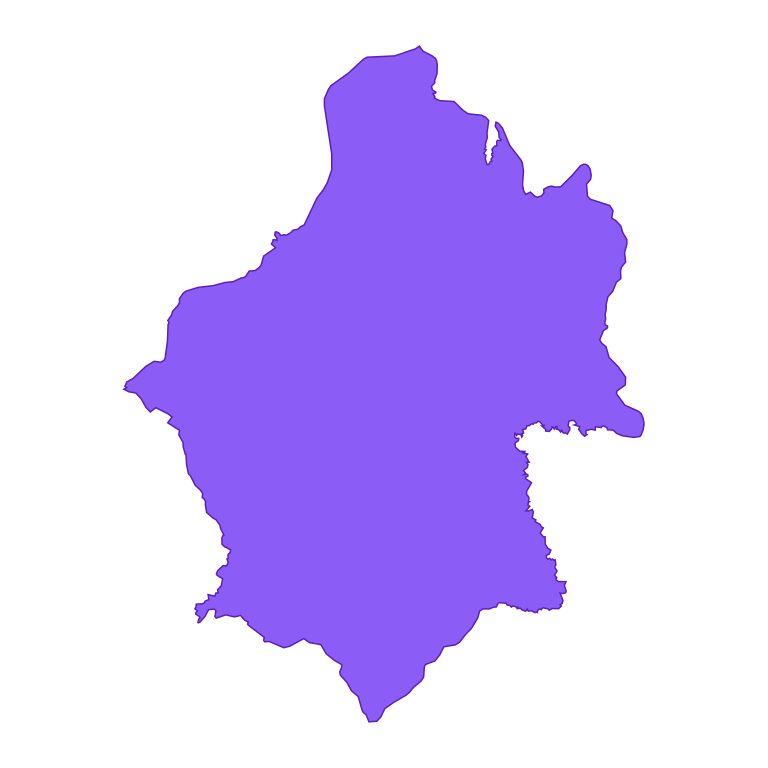 Makham, Chanthaburi, Thailand (Mercator projection)
{"feature_id": "78962969B16379000118179", "entity_name": "Makham", "entity_type": "district", "adm_level": 2, "iso_a3": "THA", "parent_name": "Thailand", "parent_adm1": "Chanthaburi", "projection": "mercator", "projection_center": [102.241, 12.738], "detail": "fine", "context": "isolated", "style": "filled", "palette": "violet", "viewbox_px": 768, "rotation_deg": 0, "n_neighbors": 0, "source": "geoboundaries", "source_scale": "gbopen_adm2", "svg_char_len": 6108}
<svg xmlns="http://www.w3.org/2000/svg" viewBox="0 0 768 768"><path d="M123.9,389.2L128.9,391.8L135.8,393.0L141.3,399.0L145.9,407.3L150.3,412.0L155.8,407.7L168.0,413.8L172.0,417.0L167.7,422.8L179.5,430.3L178.8,434.9L183.0,442.3L183.2,446.8L185.3,454.3L186.0,454.2L186.5,464.3L188.4,473.8L190.4,475.7L195.3,485.4L200.3,490.0L202.6,493.3L202.3,497.7L203.9,498.7L205.5,501.3L205.3,504.3L206.6,512.5L212.9,518.0L216.0,519.7L219.9,525.1L220.6,528.6L223.9,535.0L223.2,535.1L221.9,537.7L222.0,544.3L224.8,547.0L226.8,547.4L227.2,548.2L230.7,549.8L230.1,552.4L228.0,554.5L228.1,558.5L226.9,559.1L228.2,562.4L226.6,565.8L223.2,565.6L217.8,570.5L216.4,573.8L217.1,575.3L222.6,578.8L221.3,585.8L217.5,589.8L218.2,592.8L215.8,593.1L214.8,596.1L208.1,594.6L208.8,599.6L205.2,601.1L204.3,602.9L202.4,603.7L196.2,604.2L196.2,606.4L194.9,608.8L197.5,610.9L195.9,612.4L195.8,614.2L198.8,616.1L200.0,617.8L198.8,619.1L197.9,622.3L198.4,622.8L200.0,622.1L205.2,616.2L208.6,609.7L214.2,609.0L215.9,610.6L214.9,616.6L216.3,618.1L225.8,614.9L234.6,616.9L240.6,615.4L244.5,620.1L248.3,622.0L247.6,624.0L248.2,625.1L264.2,637.3L263.7,640.5L264.7,641.8L269.3,641.5L283.7,647.7L289.6,646.3L303.8,638.6L309.4,642.6L320.9,644.6L326.2,653.8L334.4,660.4L341.7,664.6L341.6,667.3L339.8,671.9L340.3,675.1L347.0,682.6L351.5,690.8L358.3,696.7L362.2,710.6L363.3,712.5L366.0,714.5L369.0,721.9L376.9,721.2L380.8,717.0L384.8,708.7L393.3,702.6L405.7,695.4L409.3,692.5L413.2,687.7L421.1,681.0L423.6,677.2L424.3,667.4L425.4,664.5L435.0,660.9L439.9,654.7L443.8,646.8L455.2,644.9L459.6,642.2L465.9,634.1L471.5,628.3L477.7,618.0L479.6,611.1L482.9,608.9L489.4,608.9L493.7,607.1L496.3,607.0L498.2,603.1L499.3,602.7L506.0,603.2L507.1,605.0L510.1,605.6L511.3,607.1L512.7,606.0L514.2,606.2L516.4,607.1L517.2,608.5L518.0,607.2L518.7,608.6L520.3,608.1L522.0,609.9L525.7,611.2L527.1,609.1L528.3,611.1L531.6,610.8L535.0,612.7L536.7,611.9L537.4,612.4L537.5,610.7L539.4,609.0L541.4,609.7L541.7,608.6L543.3,607.8L547.9,608.8L549.2,610.2L552.2,608.5L558.6,608.7L561.3,606.0L560.1,604.6L562.3,603.4L562.9,600.3L560.1,593.0L562.9,593.6L565.6,592.8L566.1,591.1L564.4,585.2L566.0,581.7L558.2,581.5L555.9,579.6L556.7,577.5L554.6,575.3L557.0,570.9L555.0,567.9L554.9,566.0L555.9,564.9L555.1,559.8L554.0,560.3L552.3,559.0L551.1,560.0L549.6,558.3L547.7,559.3L546.6,558.1L546.3,555.3L549.2,554.2L550.9,550.1L547.6,548.0L545.2,544.0L545.1,536.8L543.5,536.9L540.2,533.0L543.3,527.9L541.2,526.7L540.2,524.5L535.1,521.6L535.9,519.9L532.2,517.9L533.4,512.0L532.2,509.5L529.0,510.9L525.9,510.8L529.8,506.3L528.0,505.1L528.3,502.6L529.6,501.7L528.4,501.1L529.0,498.6L528.5,496.6L526.6,494.5L526.7,491.1L531.5,482.7L525.4,478.5L525.6,477.3L527.8,476.2L528.0,475.1L526.6,474.0L523.8,474.7L525.4,473.0L523.5,470.4L527.3,467.6L528.0,464.5L526.5,462.2L529.2,462.2L525.8,456.5L527.7,454.0L522.4,452.9L522.8,452.3L524.4,452.6L524.9,451.4L519.8,451.2L515.5,447.3L514.9,443.1L518.4,440.7L518.8,438.4L516.1,438.3L514.7,437.2L514.7,433.2L515.3,433.1L516.7,435.5L517.7,434.0L521.0,434.8L521.8,437.1L522.7,435.8L521.6,433.7L523.6,433.1L522.7,429.5L525.8,428.9L527.0,425.8L529.4,425.6L531.5,423.8L533.2,424.2L534.1,422.9L536.4,422.9L537.8,421.3L539.8,421.7L543.1,425.7L544.0,425.4L543.8,426.3L542.0,426.1L545.8,429.6L545.6,431.0L549.2,431.5L551.7,428.9L552.1,426.9L553.0,427.1L554.2,429.0L556.0,426.5L556.9,426.4L557.2,427.8L556.3,429.0L558.8,429.7L560.6,432.0L561.5,430.3L563.3,433.0L565.5,433.0L567.4,434.0L569.8,429.6L569.8,427.4L568.6,426.9L568.2,425.2L569.0,421.1L572.7,420.3L574.5,420.9L576.5,423.6L576.3,424.4L574.3,425.0L579.8,426.6L578.6,429.2L582.1,434.1L584.6,436.2L587.0,434.7L585.9,434.0L586.0,430.9L586.7,430.4L591.4,429.3L595.2,430.1L595.5,426.7L601.2,427.6L602.2,426.2L603.6,425.8L607.1,427.9L607.5,429.8L613.2,430.1L616.6,433.4L622.1,435.7L633.7,437.4L639.8,436.5L640.9,435.4L643.0,430.2L644.1,424.1L643.1,418.3L641.2,413.7L638.6,411.4L624.9,405.2L616.5,393.9L616.9,391.0L625.3,385.0L625.6,377.2L618.0,366.5L609.1,357.6L606.0,346.6L601.9,343.4L599.7,340.0L603.5,330.5L607.0,328.3L607.7,326.9L607.5,326.1L605.2,324.7L604.8,322.5L605.7,318.9L605.1,314.4L606.1,310.1L606.2,304.4L607.9,296.8L612.7,291.4L616.4,282.2L620.8,278.7L620.6,270.8L621.4,267.2L625.6,262.0L624.6,252.5L626.9,244.0L626.9,239.7L622.7,232.5L620.8,225.9L616.1,220.9L611.7,218.0L613.0,210.7L609.7,205.5L590.4,199.3L587.5,196.3L586.5,184.2L590.6,179.3L591.2,175.2L590.2,169.2L588.1,165.9L586.0,164.5L583.6,164.2L580.4,165.8L572.5,175.0L560.6,186.8L555.2,187.1L551.4,186.1L547.8,187.0L543.7,189.3L543.9,192.9L541.6,195.8L537.4,197.3L534.8,196.2L530.4,192.1L525.7,194.4L523.7,190.9L522.5,184.7L523.5,171.1L522.2,162.5L520.8,159.8L509.7,145.4L502.4,127.9L498.5,123.4L496.0,122.1L495.2,126.2L498.8,132.1L499.1,137.5L501.2,139.7L500.8,140.4L497.4,140.4L496.8,141.5L496.8,145.7L494.6,146.2L492.0,149.2L492.8,153.0L491.8,153.6L491.9,155.4L493.0,156.2L491.1,159.1L491.8,161.1L490.4,161.5L488.8,164.3L487.0,164.5L485.3,159.0L485.9,155.4L483.8,153.4L486.2,149.9L484.5,149.0L485.8,147.1L485.3,144.3L487.3,137.6L487.0,133.0L488.7,120.6L485.8,117.3L481.4,115.2L468.1,113.8L463.0,110.3L454.0,101.5L439.8,100.7L434.3,98.1L434.9,96.6L433.0,93.5L435.5,93.1L435.9,92.1L432.4,89.9L431.5,86.4L434.8,82.7L434.7,80.4L437.0,73.8L437.3,65.0L436.5,60.3L435.3,58.3L432.4,56.0L423.0,51.2L419.4,46.1L415.3,48.9L394.6,55.9L367.1,57.2L363.2,59.4L348.8,72.8L331.0,85.6L328.5,89.2L324.4,98.7L324.4,105.9L331.7,153.7L331.8,169.7L327.3,182.7L323.5,189.5L316.8,198.3L304.2,224.9L300.3,226.8L298.1,229.1L292.9,230.3L290.4,232.9L286.4,235.2L283.8,234.7L280.9,235.6L278.9,233.0L276.4,231.8L275.2,232.1L274.7,235.2L276.8,237.8L276.9,240.5L274.5,239.6L272.9,240.0L273.0,241.2L271.4,244.0L275.5,247.8L263.6,256.1L261.1,265.2L258.8,267.9L254.9,270.7L249.2,271.0L245.9,276.2L244.2,277.5L241.3,277.9L233.1,281.7L225.0,282.5L213.0,285.7L198.1,287.4L186.0,291.1L183.4,293.0L179.4,298.7L179.5,302.3L178.1,305.3L172.6,311.3L171.6,315.0L167.8,320.5L169.1,322.5L168.1,324.4L167.4,341.6L165.1,358.1L164.1,360.2L160.9,362.2L154.1,361.3L145.7,366.5L133.0,378.5L126.8,381.9L124.9,386.4L126.7,387.6L123.9,389.2Z" fill="#8b5cf6" stroke="#5b21b6" stroke-width="1.5"/></svg>